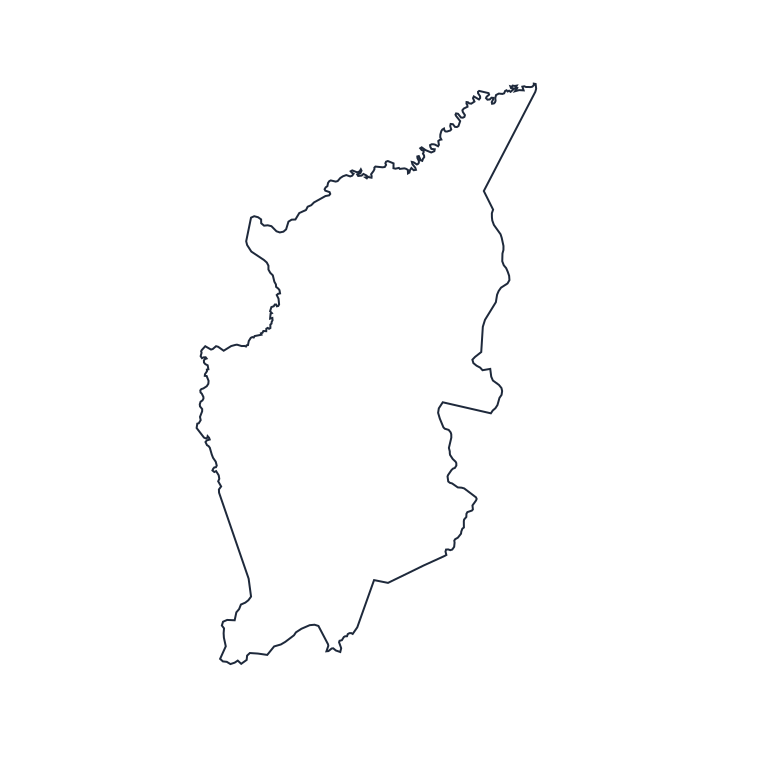 Careiro, Amazonas, Brazil, rotated 154°
{"feature_id": "56859067B42017878754183", "entity_name": "Careiro", "entity_type": "district", "adm_level": 2, "iso_a3": "BRA", "parent_name": "Brazil", "parent_adm1": "Amazonas", "projection": "mercator", "projection_center": [-60.25, -3.748], "detail": "fine", "context": "isolated", "style": "outline", "palette": "slate", "viewbox_px": 768, "rotation_deg": 154, "n_neighbors": 0, "source": "geoboundaries", "source_scale": "gbopen_adm2", "svg_char_len": 6167}
<svg xmlns="http://www.w3.org/2000/svg" viewBox="0 0 768 768"><g transform="rotate(154 384 384)"><path d="M596.7,251.2L600.7,249.1L604.5,248.3L609.3,248.5L612.9,245.2L616.8,243.5L621.8,237.1L628.4,240.7L632.9,240.9L635.6,238.0L634.9,234.5L637.4,230.3L639.1,226.2L641.2,217.6L651.8,208.8L650.4,205.3L647.1,203.2L644.8,199.6L640.4,199.0L636.7,199.5L635.0,195.1L628.4,196.2L626.1,199.9L622.5,201.0L615.5,197.0L607.7,191.7L597.8,196.3L590.9,195.1L585.8,195.5L575.1,197.6L572.0,199.4L565.5,200.2L556.5,199.8L552.0,198.1L549.0,195.3L548.4,174.7L548.8,173.1L552.9,169.0L551.0,168.3L547.0,169.2L545.5,168.7L544.1,165.6L540.8,162.3L538.3,165.3L537.6,171.6L536.5,172.7L534.2,172.2L531.0,174.2L529.5,174.3L527.8,173.5L526.2,175.1L524.3,175.2L522.7,174.5L521.7,173.1L514.7,177.0L478.9,212.1L467.6,203.5L427.8,203.5L404.8,202.9L402.9,203.0L402.2,206.4L400.8,208.0L398.7,207.1L397.3,205.6L395.2,205.3L392.3,206.9L390.1,210.5L389.5,212.4L388.1,213.3L385.0,213.5L380.4,215.7L379.2,217.5L377.0,219.6L375.1,220.0L372.4,225.7L371.4,227.1L368.3,228.4L366.8,231.2L365.2,232.3L360.5,231.7L359.1,232.3L357.7,236.1L352.3,239.0L351.1,240.1L351.0,241.8L357.7,255.0L359.7,256.8L363.0,258.7L366.4,264.8L368.1,266.3L369.0,268.2L367.4,273.1L366.3,274.1L361.0,277.1L359.1,277.7L357.1,277.5L354.7,279.0L353.7,281.2L353.7,282.7L355.1,286.4L355.7,291.3L355.3,292.7L354.4,294.7L353.7,298.1L347.0,306.3L345.6,309.3L345.3,311.3L346.0,314.4L349.0,317.2L349.6,319.0L349.0,328.5L348.0,334.4L345.4,338.1L339.2,341.8L300.8,310.8L297.9,312.5L294.5,313.4L291.3,315.3L286.3,320.9L283.1,322.7L280.9,325.9L280.2,328.9L281.1,332.8L284.6,339.4L284.4,343.6L281.9,351.0L289.4,353.2L290.4,356.6L292.8,359.9L294.5,363.6L293.9,367.1L290.4,368.4L282.6,370.1L270.1,392.1L265.1,397.4L247.6,408.5L243.2,414.7L240.2,417.3L236.6,419.3L228.9,420.2L225.7,422.4L224.1,426.4L223.6,430.5L223.4,434.6L224.3,438.2L223.9,442.5L220.3,449.4L217.9,452.1L216.1,455.7L214.1,463.9L213.6,467.5L215.5,478.8L215.0,483.5L213.9,486.6L212.2,490.2L209.5,492.9L209.7,513.7L119.9,580.3L117.8,582.7L116.2,587.2L117.7,588.3L118.4,586.9L120.3,586.2L121.8,586.5L126.2,588.7L127.4,590.1L129.3,590.6L129.8,586.7L133.7,588.9L137.9,589.7L134.4,591.7L135.4,593.0L133.9,594.0L135.7,594.5L137.6,595.8L138.8,595.0L139.9,596.1L140.1,594.2L137.3,592.4L142.2,591.1L143.0,592.8L144.6,592.7L145.1,594.3L146.6,594.3L148.6,592.6L150.4,592.8L153.5,594.7L156.6,594.6L158.6,592.3L159.6,589.6L160.8,588.5L162.2,588.0L164.0,588.5L163.6,590.1L161.2,591.9L160.4,593.3L161.9,594.2L164.2,593.4L166.4,594.2L167.0,596.2L165.8,597.2L162.7,598.0L162.5,599.6L170.0,605.7L171.4,605.4L172.0,604.1L171.5,600.5L172.2,598.9L173.9,598.1L177.2,603.1L178.7,601.9L178.9,598.2L182.7,597.7L184.5,599.0L185.0,600.4L186.2,601.2L187.0,599.8L186.8,598.4L187.4,596.6L191.5,596.6L193.5,595.7L193.9,594.0L193.4,590.2L194.7,588.8L196.4,588.8L198.0,589.8L199.0,594.4L200.6,595.6L201.7,594.7L201.7,593.3L200.3,586.9L204.0,583.2L205.8,583.0L207.5,584.0L208.2,587.3L210.1,588.5L211.4,586.9L212.0,583.3L213.3,582.8L216.7,583.3L218.1,584.1L218.5,585.5L218.1,587.3L220.1,587.1L221.6,586.2L224.0,583.5L225.3,581.1L225.3,578.6L226.9,579.0L228.7,578.6L229.8,574.9L231.2,574.0L233.3,576.9L234.5,577.8L236.1,578.6L237.9,578.5L238.4,576.8L238.3,574.5L235.5,572.7L236.7,571.2L240.1,571.4L244.1,576.0L246.4,580.2L248.1,580.0L247.6,577.8L246.1,576.2L246.8,574.9L248.0,574.0L247.8,571.9L248.4,570.3L250.4,569.2L251.8,567.8L252.9,568.9L252.8,573.6L254.3,573.9L254.9,572.4L254.9,569.1L255.7,567.6L256.9,566.9L258.2,566.9L260.2,570.3L261.6,571.4L262.1,569.0L261.1,564.8L261.4,562.5L263.6,563.1L264.7,566.1L266.9,564.8L268.5,562.9L270.1,562.8L268.7,566.0L270.0,567.9L271.2,568.9L275.5,570.4L275.9,571.7L279.3,572.5L280.9,573.8L278.7,578.1L282.8,582.7L284.7,582.9L286.0,581.8L286.1,580.0L288.2,578.7L290.3,579.4L296.4,583.2L297.8,582.7L298.4,581.3L300.1,580.0L303.6,578.2L304.0,576.2L304.8,574.9L307.9,577.2L308.3,579.0L310.4,581.8L312.7,581.1L316.0,582.3L316.2,584.1L312.7,583.9L310.7,585.6L310.7,587.1L312.5,585.9L314.4,585.8L315.6,586.3L318.9,589.9L320.7,589.8L320.2,587.9L319.2,586.3L321.2,585.2L323.4,585.4L326.3,588.3L329.8,588.7L333.0,588.3L336.7,586.7L338.7,587.1L342.6,590.3L344.2,590.3L346.1,589.3L348.2,586.6L350.2,586.3L352.0,585.1L352.0,583.5L348.8,580.3L349.0,578.4L350.6,577.6L354.2,578.6L367.3,577.9L371.0,576.6L374.9,576.8L377.8,574.6L385.2,574.8L391.5,570.7L395.0,572.2L398.7,571.8L404.2,565.9L407.6,565.0L411.2,565.9L413.7,568.4L416.0,575.2L418.9,577.6L422.4,578.9L423.9,582.3L422.3,585.8L424.1,589.1L427.1,591.7L430.6,591.8L445.3,572.7L446.1,568.9L445.2,561.2L437.5,548.0L436.1,544.6L436.0,541.0L437.7,537.5L437.5,533.8L436.3,530.4L437.7,524.0L437.5,520.9L438.4,518.6L437.2,516.1L436.8,514.2L437.7,511.0L439.6,511.5L441.4,511.0L441.4,506.9L443.4,501.5L444.8,500.5L446.2,500.8L446.1,502.7L447.3,503.3L449.0,502.2L451.5,502.5L454.5,499.3L453.7,496.8L455.2,496.8L457.7,492.7L455.4,492.3L456.2,490.2L457.8,489.0L458.6,487.6L460.1,487.2L461.6,484.1L463.1,484.0L463.9,485.4L465.5,485.3L466.7,483.1L469.2,484.5L470.8,483.3L472.4,483.5L472.5,482.0L479.3,483.8L480.7,482.9L481.8,483.9L483.5,483.9L486.7,481.9L489.2,478.6L490.5,479.0L491.6,478.2L492.8,479.4L495.3,480.5L498.9,483.8L500.5,484.3L504.7,485.1L513.5,484.2L516.8,490.2L518.4,491.6L522.6,490.5L524.4,490.8L528.1,496.3L532.9,494.4L534.0,493.6L534.3,492.0L536.6,489.4L536.3,487.0L534.3,487.0L532.6,486.2L532.3,484.7L534.0,484.9L535.5,484.2L536.4,482.2L535.9,480.2L534.3,478.1L535.4,474.2L536.9,474.6L537.5,473.1L540.6,471.3L541.5,469.9L539.9,468.9L540.3,463.7L541.8,461.2L544.3,459.7L548.3,459.2L550.4,459.5L551.9,458.8L552.6,456.8L552.0,455.2L552.0,451.5L552.7,450.0L554.4,448.8L556.6,448.5L558.5,446.5L559.2,444.5L558.4,441.2L559.4,439.2L563.8,435.1L564.6,431.9L567.7,429.9L569.2,430.2L571.7,426.6L569.3,414.8L568.0,413.2L566.4,413.1L565.4,414.4L564.8,412.4L565.0,410.5L567.9,411.0L569.9,410.1L569.9,406.6L568.9,405.1L568.5,403.1L569.7,396.2L570.0,392.6L569.3,387.9L570.1,384.0L571.5,382.9L573.1,383.4L574.7,382.7L576.1,381.5L575.1,379.3L573.1,379.3L572.6,374.4L573.6,371.0L575.7,369.2L575.3,363.3L578.6,361.6L579.9,358.6L591.0,268.4L596.7,251.2ZM307.9,577.2L309.3,576.4L310.1,577.8L307.9,577.2Z" fill="none" stroke="#1e293b" stroke-width="2"/></g></svg>